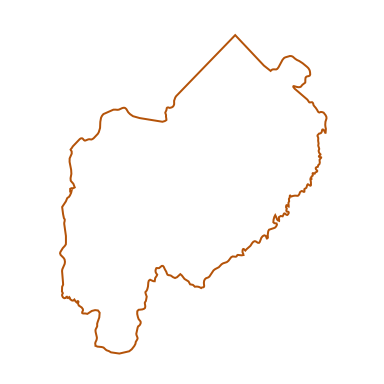 the border of Mbomou, rotated 351°
{"feature_id": "CAF-868", "entity_name": "Mbomou", "entity_type": "Prefecture", "adm_level": 1, "iso_a3": "CAF", "parent_name": "Central African Republic", "parent_adm1": "", "projection": "equal_earth", "projection_center": [23.723, 5.441], "detail": "fine", "context": "isolated", "style": "outline", "palette": "amber", "viewbox_px": 384, "rotation_deg": 351, "n_neighbors": 0, "source": "natural_earth", "source_scale": "10m", "svg_char_len": 6001}
<svg xmlns="http://www.w3.org/2000/svg" viewBox="0 0 384 384"><g transform="rotate(351 192 192)"><path d="M273.5,234.1L272.3,233.4L271.8,232.5L271.0,229.1L270.6,227.9L269.4,229.5L268.2,232.2L267.6,234.6L268.5,235.7L270.6,236.3L270.8,237.6L269.7,239.2L268.2,240.3L262.2,241.3L261.2,242.6L260.2,245.8L260.0,247.1L259.8,249.0L259.1,249.6L258.6,249.6L258.0,246.9L256.6,246.1L254.9,246.7L253.4,248.0L251.0,252.1L250.2,252.7L249.0,252.4L247.4,250.9L246.4,250.4L244.9,250.7L243.4,251.9L241.3,254.3L237.0,257.0L235.5,258.2L234.3,256.5L233.7,256.3L233.2,256.7L232.9,257.3L232.6,258.5L232.5,259.7L232.9,260.9L233.0,262.3L231.0,262.3L227.4,261.3L226.8,261.5L226.0,262.5L225.2,262.8L222.0,262.0L220.4,262.6L217.2,265.7L215.4,266.7L211.6,267.3L209.9,268.0L206.7,270.5L202.8,271.8L201.0,272.8L195.9,278.3L194.4,279.0L192.5,279.3L191.1,280.2L190.1,281.6L189.5,283.6L189.3,286.8L188.9,287.6L188.2,287.9L186.7,287.9L186.0,288.3L184.6,287.2L183.2,286.5L181.6,286.1L180.0,286.0L178.6,284.1L178.2,283.8L175.7,282.9L174.6,279.8L171.0,276.7L168.9,272.8L167.6,271.3L163.9,273.8L161.8,274.3L160.0,273.2L158.1,271.3L157.1,270.8L155.9,270.5L154.9,269.9L154.4,268.4L154.1,266.7L153.2,264.4L152.3,261.3L151.6,260.4L150.5,260.3L147.6,262.0L146.4,261.9L145.6,261.6L144.9,261.6L144.1,262.8L143.6,264.2L143.6,265.6L144.0,266.9L144.7,268.2L144.0,269.3L142.2,271.2L141.2,274.3L139.8,274.0L136.9,272.1L135.5,272.8L134.7,274.5L133.8,278.3L133.1,280.0L132.4,281.5L131.5,282.6L130.3,283.6L130.3,285.0L130.9,288.3L129.4,292.4L128.3,293.6L128.0,294.2L128.0,296.9L127.9,298.0L127.4,299.2L126.2,299.9L124.5,300.2L120.8,300.0L119.3,301.2L118.8,303.9L119.0,307.0L119.4,309.2L120.8,311.6L121.0,312.4L120.7,313.7L119.9,314.9L118.9,315.8L117.9,316.2L117.2,317.2L114.8,323.3L114.8,324.6L115.3,326.9L115.4,327.9L114.9,329.0L113.0,331.3L112.4,333.1L110.9,335.1L107.9,337.9L105.0,339.5L95.0,340.2L86.9,337.7L85.0,336.1L83.1,335.1L82.3,334.4L80.3,331.8L78.6,331.0L74.4,329.9L72.6,328.8L72.7,328.6L72.7,326.5L73.1,325.4L74.5,323.3L75.1,321.8L75.3,320.7L74.9,315.1L75.0,313.7L75.3,312.7L77.1,310.2L77.4,309.6L77.7,307.3L78.6,305.4L80.8,301.4L81.9,296.8L80.6,294.3L77.8,293.5L74.5,293.8L69.6,296.0L67.7,295.3L65.4,294.9L64.7,294.5L64.7,293.5L65.8,291.9L65.9,290.7L65.0,288.8L62.4,286.4L61.9,284.0L62.7,282.8L62.5,282.1L62.1,281.9L61.4,282.2L60.7,282.9L59.8,281.7L59.0,279.8L57.8,280.6L56.7,280.5L55.0,279.0L54.7,277.3L54.3,276.6L53.0,277.4L52.6,277.2L52.1,275.9L51.6,275.9L50.6,276.9L49.2,276.9L48.0,275.8L47.5,274.0L47.7,273.0L48.6,271.7L48.0,269.9L48.9,265.3L50.2,263.4L50.4,261.6L51.3,249.7L51.8,248.1L55.0,243.1L55.6,241.1L55.6,238.7L54.8,236.9L52.4,233.6L52.1,231.8L52.7,230.6L55.6,227.2L58.0,225.3L59.2,224.0L59.6,222.1L60.6,215.7L60.8,203.6L61.0,202.4L61.7,200.7L62.0,199.3L61.9,198.8L61.6,198.3L61.4,197.7L61.2,193.7L61.4,186.5L66.0,181.5L67.5,179.0L68.1,178.3L69.7,177.6L70.9,176.3L72.5,173.9L73.3,171.9L71.8,172.2L72.2,169.8L73.6,169.4L75.3,169.7L76.9,169.1L76.1,165.3L74.3,162.5L74.0,161.7L74.2,159.4L75.7,155.2L76.1,151.2L75.8,143.1L76.4,139.7L79.2,135.3L79.5,133.0L78.9,131.9L78.7,131.1L79.3,130.5L80.2,129.7L81.4,128.3L89.4,122.2L90.5,121.7L91.7,121.7L92.4,122.2L93.4,123.8L94.0,124.4L94.7,124.5L97.8,123.8L98.8,123.8L100.7,124.4L101.9,124.2L103.3,123.5L108.1,119.8L109.3,118.3L111.2,114.4L112.4,108.4L113.8,104.4L115.1,102.6L116.7,101.2L127.2,98.4L128.9,98.6L131.4,99.2L132.7,99.2L136.3,98.2L137.6,98.1L138.6,98.3L139.2,98.7L140.1,99.8L141.5,103.3L143.0,105.4L145.6,107.9L151.9,110.8L173.8,118.0L176.2,117.7L177.9,117.0L178.1,116.2L178.1,113.5L178.4,111.9L178.0,109.6L178.3,109.0L179.5,107.2L180.2,105.2L180.7,104.8L181.6,104.7L183.0,105.4L183.9,105.4L185.4,105.2L186.8,104.5L187.7,103.3L188.1,102.5L188.6,99.1L190.3,96.0L191.4,94.8L259.2,43.8L282.8,78.4L288.6,84.7L289.4,84.1L290.5,83.6L291.8,83.6L294.3,84.1L295.5,83.7L297.0,82.3L302.1,75.6L304.0,74.0L305.3,73.6L310.0,73.0L311.6,73.4L312.7,74.1L314.8,76.6L316.3,78.0L318.4,79.4L321.4,82.1L325.2,86.4L326.3,87.9L327.0,89.5L327.3,90.9L327.3,92.8L327.1,94.5L326.5,95.4L325.4,95.8L323.8,95.8L322.9,96.1L322.1,96.8L321.6,98.3L321.1,101.2L320.9,101.7L317.8,103.4L316.0,105.0L314.8,105.3L313.4,105.1L311.9,104.6L309.1,103.3L308.6,103.5L308.5,104.1L309.6,106.1L320.4,118.8L321.8,121.7L322.4,122.0L323.9,122.0L324.8,122.2L325.3,122.9L325.5,123.6L325.6,125.1L326.1,126.2L327.4,128.3L328.5,130.7L328.8,131.7L329.4,132.9L330.2,133.4L331.8,133.1L332.9,133.4L334.4,134.2L336.0,137.1L336.5,138.9L336.3,140.5L334.8,143.5L334.1,146.5L334.0,148.6L334.1,150.6L333.2,154.4L332.9,154.4L331.7,151.1L331.0,150.7L330.6,150.7L330.3,151.0L329.5,153.0L328.9,153.7L328.1,154.1L326.6,154.2L324.9,155.6L324.7,156.3L325.1,157.8L325.1,158.7L324.6,161.1L324.6,164.0L324.0,165.6L324.0,166.4L324.4,168.9L324.3,169.6L323.6,170.9L323.5,171.6L323.6,172.5L323.9,173.6L324.8,174.9L324.7,175.2L323.2,176.2L322.9,176.9L323.1,177.2L324.8,177.8L325.0,178.0L324.9,178.4L323.6,179.5L323.0,180.2L322.8,183.1L322.1,184.5L320.9,185.2L320.2,186.8L318.7,187.0L318.0,187.6L317.9,188.0L318.0,188.9L318.9,190.4L319.0,190.6L318.9,191.1L318.3,191.6L316.9,192.0L316.0,193.1L315.7,193.0L314.6,192.3L314.2,192.3L314.0,192.6L314.0,193.7L313.8,194.7L312.7,195.3L312.2,195.8L312.0,198.0L311.8,198.1L311.1,197.4L310.9,197.8L311.0,200.7L310.6,203.7L310.4,204.1L310.0,204.3L309.1,203.8L307.9,202.6L307.5,202.5L306.9,203.1L305.7,205.6L305.1,206.0L303.6,206.6L303.4,206.9L303.2,208.7L303.0,209.3L302.7,209.4L302.3,209.3L300.9,208.3L300.3,208.2L298.9,208.9L298.5,209.4L297.6,211.0L296.6,212.0L295.9,212.3L293.1,211.7L291.1,211.7L289.5,212.0L288.4,210.8L288.1,210.9L287.6,212.9L286.7,213.9L286.6,214.3L286.5,216.3L285.5,217.9L285.3,221.1L285.2,221.5L284.8,221.3L284.3,220.4L283.7,219.8L283.3,219.8L283.0,220.1L282.6,221.2L282.5,221.9L283.0,223.4L282.3,224.7L282.3,225.5L282.5,226.1L282.9,226.3L283.8,226.5L284.3,227.0L284.3,227.7L284.0,228.3L283.2,229.2L282.4,229.6L281.6,229.2L280.4,227.8L279.8,227.6L279.3,227.9L278.7,228.9L277.7,230.2L275.9,229.6L274.0,230.4L273.7,231.6L273.7,233.2L273.5,234.1Z" fill="none" stroke="#b45309" stroke-width="2"/></g></svg>